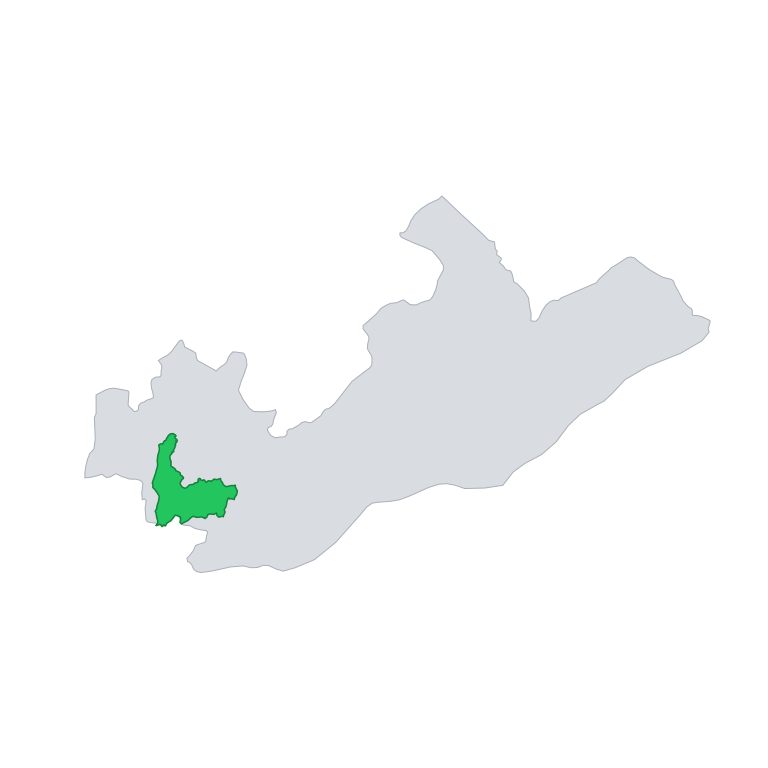 Republic of the Congo, with Bouenza highlighted, rotated 43°
{"feature_id": "COG-2626", "entity_name": "Bouenza", "entity_type": "Region", "adm_level": 1, "iso_a3": "COG", "parent_name": "Republic of the Congo", "parent_adm1": "", "projection": "natural_earth1", "projection_center": [13.508, -4.119], "detail": "fine", "context": "in_parent", "style": "filled", "palette": "green", "viewbox_px": 768, "rotation_deg": 43, "n_neighbors": 0, "source": "natural_earth", "source_scale": "10m", "svg_char_len": 8284}
<svg xmlns="http://www.w3.org/2000/svg" viewBox="0 0 768 768"><g transform="rotate(43 384 384)"><path d="M180.9,588.4L184.2,578.7L186.6,574.3L189.5,571.1L201.2,563.6L203.0,563.9L211.0,573.7L213.6,574.5L216.5,574.2L219.9,574.6L221.6,572.7L221.8,570.2L219.4,567.3L219.0,564.3L220.7,560.9L221.7,557.3L224.2,552.9L224.5,550.9L221.8,548.7L216.4,545.3L212.6,542.0L211.2,538.9L212.2,534.9L215.2,531.6L215.1,529.8L212.4,526.9L210.5,523.8L208.5,521.8L203.0,520.7L204.0,516.5L206.1,510.3L206.5,505.5L205.0,493.1L205.2,490.8L206.7,489.7L209.9,491.0L213.2,492.9L222.2,490.2L225.4,489.8L228.0,492.2L231.5,494.0L252.3,488.9L252.7,483.6L253.8,478.8L254.0,475.2L253.1,472.9L252.1,471.1L251.5,467.6L251.5,463.7L253.5,461.9L260.1,457.3L262.1,457.5L266.7,460.0L271.1,463.9L274.9,472.1L277.6,479.2L281.8,487.8L290.9,491.3L301.6,493.6L307.5,493.0L315.8,485.6L320.5,479.9L322.1,476.8L324.8,478.4L327.9,486.0L329.9,488.9L330.4,491.7L329.0,495.1L330.4,497.4L336.2,498.9L341.2,497.5L343.5,494.4L347.3,490.4L347.4,487.0L345.3,484.8L345.3,481.8L347.4,479.4L349.5,473.0L350.1,468.3L352.1,465.2L355.9,463.2L357.3,461.3L359.5,450.1L358.4,446.0L358.4,442.6L360.8,438.4L361.2,431.3L358.8,403.7L362.6,381.5L362.2,378.7L359.5,375.2L356.2,372.1L347.7,369.5L344.5,365.4L342.1,361.0L340.3,359.6L331.0,357.9L328.9,355.4L329.7,348.4L330.6,337.9L330.2,330.7L331.9,324.9L333.8,320.5L337.9,315.8L340.1,310.4L341.2,309.0L349.0,308.1L351.9,305.8L354.1,303.5L355.0,300.4L357.7,295.3L360.1,291.8L360.3,289.4L359.8,286.1L357.5,279.7L354.6,274.3L352.9,272.3L349.5,259.7L346.3,256.7L340.1,255.1L328.4,253.7L321.4,255.9L310.6,260.2L297.1,264.8L294.0,264.3L292.6,262.4L294.6,260.8L295.7,256.9L294.3,251.4L292.3,246.4L291.1,239.3L291.6,230.5L293.6,222.2L297.9,211.4L298.2,207.0L324.2,207.3L352.1,207.1L362.7,207.5L367.9,204.7L372.8,208.9L375.2,209.8L376.0,209.5L377.9,212.5L383.9,212.1L384.9,212.8L385.4,216.4L391.1,216.3L393.9,217.1L396.1,217.0L399.4,215.0L401.8,215.7L406.0,218.3L409.1,220.7L413.4,219.9L423.3,220.3L430.9,222.5L438.5,228.7L443.6,232.2L448.2,237.5L449.9,236.6L452.3,234.5L452.3,230.0L449.7,222.3L448.7,215.8L449.3,210.5L451.2,206.7L454.5,204.3L454.9,200.2L470.3,165.0L469.8,160.9L470.2,154.9L470.9,148.1L470.8,144.1L471.8,141.3L475.8,125.4L478.0,122.7L481.4,120.9L486.3,120.8L499.2,119.5L511.3,116.9L515.3,115.7L522.8,111.5L525.7,111.3L528.2,112.9L542.8,117.8L546.8,119.7L548.3,119.4L550.5,119.8L553.9,119.9L557.2,119.3L559.3,119.9L562.0,123.1L563.8,122.7L566.2,120.4L570.6,118.0L579.0,115.3L580.4,116.5L583.3,122.4L586.4,124.4L587.1,135.4L580.0,159.2L564.9,191.2L557.3,216.4L557.4,234.8L556.6,246.4L554.1,253.4L548.1,272.5L547.2,288.9L549.4,309.0L547.4,328.0L541.2,346.0L538.5,360.1L540.0,377.1L528.7,391.3L514.3,405.4L505.0,409.5L497.8,414.2L492.7,419.6L487.3,429.0L478.7,449.3L474.3,458.1L468.5,465.7L459.8,475.0L456.6,479.3L455.3,485.7L455.9,497.3L456.7,532.8L452.9,560.0L444.3,579.0L438.0,589.5L431.6,592.8L423.2,595.6L419.2,599.2L416.7,604.4L412.1,609.0L405.2,613.0L396.4,622.6L385.9,637.9L378.7,646.7L374.8,649.0L370.8,649.2L366.7,647.4L363.2,647.1L361.5,647.9L358.7,645.8L358.8,642.3L358.3,636.4L356.3,630.4L360.9,621.9L360.5,620.0L358.3,616.9L355.9,612.5L353.6,612.7L348.8,616.1L343.7,618.8L339.0,619.9L333.3,624.1L330.1,624.1L328.3,622.5L324.4,620.9L322.3,621.4L321.1,622.2L320.2,632.5L319.4,636.9L318.0,638.9L312.2,641.2L308.2,644.2L304.8,646.2L302.7,645.7L294.2,638.0L289.7,631.6L287.0,631.4L286.2,633.5L284.9,632.5L280.7,628.3L275.8,621.6L274.1,620.6L271.4,620.7L267.1,623.1L262.9,627.0L255.3,630.5L248.9,632.5L248.4,634.9L246.9,639.1L244.8,641.7L239.2,642.5L237.2,646.2L232.3,653.4L229.1,656.7L228.3,655.3L226.3,653.6L222.3,648.0L218.4,641.1L217.3,637.9L216.2,636.1L216.1,629.2L210.1,620.9L195.2,606.2L193.6,601.9L180.9,588.4Z" fill="#d9dde1" stroke="#a8b0b8" stroke-width="1"/><path d="M329.8,624.5L329.3,624.4L328.7,623.8L327.9,622.1L327.4,621.4L326.2,620.4L325.1,620.3L321.7,621.7L321.0,622.1L320.8,622.8L321.4,628.9L321.2,630.1L320.4,632.6L320.2,634.0L320.9,636.7L320.5,637.2L320.1,637.2L319.7,637.0L319.2,637.3L319.0,638.0L319.2,639.1L318.9,639.6L318.4,639.6L317.2,639.2L316.6,639.2L315.5,640.1L314.3,642.6L313.7,642.8L313.7,642.6L313.4,640.7L313.3,640.3L313.1,639.8L312.8,639.3L312.2,638.8L311.3,638.1L309.2,636.9L305.2,633.8L304.8,633.6L304.0,633.4L303.6,633.2L303.3,632.7L303.1,632.0L303.0,630.9L302.8,630.4L302.5,629.9L302.0,629.2L301.4,628.4L300.9,627.3L300.3,626.5L300.0,625.6L299.6,624.5L297.2,620.7L296.1,619.5L295.3,619.0L294.4,618.9L293.6,618.6L293.1,618.5L292.7,618.5L292.3,618.3L291.5,617.9L291.1,617.9L290.3,618.0L289.9,617.9L289.5,617.7L289.1,617.5L288.8,617.3L288.4,617.4L287.9,617.5L287.5,617.5L286.6,617.3L285.8,617.4L285.3,617.1L284.7,616.6L283.9,615.4L283.3,615.0L282.8,614.7L282.5,614.7L282.2,614.6L281.7,613.7L277.8,605.0L276.0,601.8L274.9,599.5L274.2,598.4L273.1,597.0L270.6,594.9L270.3,594.5L267.4,590.7L265.4,586.7L264.2,584.9L263.8,584.5L262.9,583.7L261.3,582.6L261.0,582.2L260.9,581.7L261.2,580.8L261.5,580.2L261.8,579.7L262.2,579.4L262.6,579.2L262.9,579.0L263.0,578.5L262.4,576.8L262.3,576.3L262.2,575.3L262.7,574.3L262.7,573.7L262.1,572.0L261.5,568.9L261.5,567.8L261.6,567.1L261.7,566.6L261.8,566.2L262.3,565.4L263.7,564.1L263.9,564.4L264.5,564.2L265.6,563.6L266.1,563.5L267.3,563.8L267.0,565.4L268.1,566.0L270.3,565.9L271.2,566.2L271.9,567.4L271.1,567.8L271.9,568.1L272.1,568.7L272.1,569.5L272.2,570.4L272.4,570.6L273.1,570.7L273.4,570.8L273.5,571.1L273.6,571.8L273.7,572.1L274.2,572.7L274.4,573.1L275.2,576.0L275.6,576.6L276.3,576.8L276.0,578.0L275.8,578.3L275.5,578.8L275.7,579.1L276.3,579.4L276.3,581.8L276.9,583.1L278.5,584.7L279.2,584.9L279.3,585.0L279.8,585.4L281.1,585.8L281.5,586.2L281.7,586.7L281.8,587.1L282.1,587.3L282.3,587.4L282.6,587.5L282.9,587.7L283.1,588.1L283.3,588.5L283.6,588.9L283.9,589.1L284.5,589.2L285.1,589.1L286.1,588.9L288.9,588.6L289.3,588.6L289.7,588.7L291.0,589.3L291.7,589.1L294.1,588.2L294.9,588.1L295.6,588.1L296.8,589.0L297.1,589.3L297.6,589.3L299.0,589.0L300.0,589.3L300.4,589.3L300.7,589.0L301.1,589.1L301.3,589.5L301.6,589.9L301.7,590.4L301.6,590.8L301.5,591.3L301.4,591.8L301.5,592.3L302.4,595.3L302.6,595.8L302.9,596.1L303.3,596.3L303.7,596.4L304.5,596.5L306.3,596.9L306.9,596.9L307.8,596.7L308.6,596.4L309.3,596.0L309.5,595.9L309.8,595.5L310.1,595.0L310.5,592.6L310.5,592.1L310.5,591.2L310.5,590.7L310.8,590.1L311.2,589.5L312.7,587.8L313.0,587.0L313.1,586.5L313.1,586.0L313.1,585.5L313.3,585.1L313.8,584.5L314.3,583.9L314.7,583.1L314.8,582.7L314.4,582.3L314.2,582.1L314.1,581.9L314.3,581.1L314.2,580.9L313.8,580.9L313.5,580.9L313.2,580.7L313.1,580.4L313.1,579.4L313.1,579.2L313.3,579.0L313.5,578.9L314.3,578.6L314.7,578.7L315.0,578.7L315.3,578.9L315.5,579.0L315.9,579.0L316.3,578.8L317.2,578.1L317.4,577.9L317.4,577.2L317.5,577.0L318.0,576.8L318.4,576.8L318.7,576.8L319.6,577.1L319.9,577.1L320.4,577.1L320.7,577.1L320.9,577.1L321.2,576.9L321.2,576.4L321.2,575.5L321.3,575.2L321.6,574.7L321.9,574.2L322.7,573.6L323.1,573.3L323.8,573.1L323.9,572.8L324.1,572.5L324.4,571.7L324.4,571.2L324.4,570.8L324.3,570.5L324.4,570.2L324.4,569.9L324.6,569.6L324.8,569.3L325.0,569.0L325.5,568.8L325.9,568.7L326.9,567.9L328.9,564.7L330.8,566.0L331.4,566.1L332.9,566.2L333.5,566.5L334.4,567.0L335.0,567.1L335.4,567.2L337.7,567.0L338.2,566.8L338.7,566.6L341.7,562.3L342.1,561.9L343.2,561.1L343.5,560.7L343.9,559.8L344.3,559.5L344.6,559.7L345.3,560.4L345.7,560.7L347.7,561.6L348.9,561.9L349.7,562.3L350.0,562.8L350.4,563.2L350.7,563.7L351.2,564.7L351.6,565.3L351.8,565.8L351.9,566.3L351.9,567.2L352.2,568.7L352.4,569.2L352.8,569.8L353.0,570.3L353.2,570.6L352.9,570.7L351.6,571.5L351.2,571.6L350.7,571.8L350.0,572.9L349.5,573.4L348.7,573.5L348.1,573.2L347.9,573.3L348.0,574.3L349.5,577.3L350.6,578.9L352.4,582.2L352.4,583.3L352.6,584.4L353.1,585.1L354.1,585.4L355.1,586.1L355.7,587.5L356.2,589.3L356.9,590.6L356.3,590.9L355.8,591.3L355.0,592.3L354.2,593.8L353.9,594.1L351.7,594.1L349.9,592.9L349.5,592.8L349.2,593.1L348.9,594.4L348.8,594.9L348.4,595.4L345.6,597.6L344.9,598.4L344.3,599.6L345.2,602.1L345.2,603.2L344.3,603.9L344.7,604.4L343.8,604.8L342.0,605.3L341.3,605.6L340.7,606.2L339.1,608.2L337.9,609.3L335.9,610.4L335.1,610.6L334.8,610.9L334.5,611.2L334.4,611.5L334.0,613.3L333.7,617.6L333.5,618.2L332.9,619.6L332.7,620.1L332.5,621.0L332.3,621.5L331.8,622.6L331.4,624.4L329.8,624.5Z" fill="#22c55e" stroke="#15803d" stroke-width="1.5"/></g></svg>